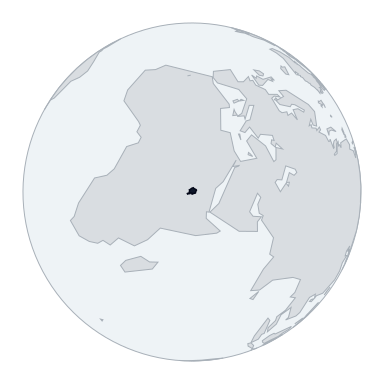 the Earth from above Blue Nile, rotated 59°
{"feature_id": "SDN-148", "entity_name": "Blue Nile", "entity_type": "State", "adm_level": 1, "iso_a3": "SDN", "parent_name": "Sudan", "parent_adm1": "", "projection": "orthographic", "projection_center": [34.239, 11.094], "detail": "fine", "context": "on_globe", "style": "filled", "palette": "ink", "viewbox_px": 384, "rotation_deg": 59, "n_neighbors": 0, "source": "natural_earth", "source_scale": "10m", "svg_char_len": 8998}
<svg xmlns="http://www.w3.org/2000/svg" viewBox="0 0 384 384"><g transform="rotate(59 192 192)"><circle cx="192" cy="192" r="169" fill="#eef3f6" stroke="#a8b0b8"/><path d="M139.5,31.4L141.6,30.8L136.5,32.5L132.7,33.8L133.2,33.6L139.5,31.4ZM119.2,39.5L117.7,40.3L112.6,43.1L107.3,46.0L104.9,47.5L109.4,45.5L98.9,52.1L91.0,59.1L88.3,61.1L84.2,63.0L85.8,60.7L83.3,62.7L94.6,54.0L106.6,46.2L119.2,39.5ZM81.6,64.1L83.1,63.0L76.5,68.8L75.1,70.3L75.0,70.7L77.2,68.9L74.8,71.3L71.2,73.8L73.4,71.7L74.5,70.7L75.2,70.0L81.6,64.1ZM24.0,174.3L24.0,182.4L24.0,190.3L23.7,194.2L24.4,196.7L24.4,199.6L29.6,209.1L34.5,219.1L35.8,229.2L34.7,238.8L40.5,261.7L40.3,265.9L44.8,275.0L45.6,276.4L39.5,264.7L34.2,252.5L30.0,239.9L26.7,227.0L24.5,214.0L23.3,200.8L23.1,187.5L24.0,174.3ZM156.8,26.8L156.7,26.8L156.4,26.8L156.8,26.8ZM154.4,27.3L156.0,27.0L153.4,27.6L151.5,28.0L154.4,27.3ZM145.3,30.2L146.4,29.7L149.0,29.0L145.3,30.2ZM156.8,26.8L157.7,26.6L158.9,26.3L159.5,26.3L156.8,26.8ZM169.1,24.6L165.8,25.1L169.1,24.6ZM163.7,25.6L157.0,26.9L154.3,27.9L151.9,28.5L156.6,26.9L163.7,25.6ZM164.7,25.3L163.5,25.6L161.1,26.0L160.4,26.0L164.7,25.3ZM174.5,24.0L174.2,24.0L174.3,24.0L174.5,24.0ZM163.4,25.7L165.0,25.5L163.5,25.8L163.4,25.7ZM171.4,24.3L171.6,24.3L172.9,24.1L171.4,24.3ZM168.1,25.0L165.9,25.4L165.4,25.4L168.1,25.0ZM170.0,24.6L171.7,24.5L166.5,25.2L169.9,24.6L170.0,24.6ZM172.6,24.2L173.4,24.1L172.3,24.3L172.6,24.2ZM171.4,25.2L164.9,26.0L163.7,25.9L170.2,25.0L171.4,25.2ZM274.0,44.3L274.7,44.7L287.8,53.1L287.2,52.4L287.3,52.5L298.8,61.1L309.5,70.6L321.7,84.5L326.8,90.3L329.8,94.5L331.3,97.3L327.0,91.3L324.9,89.5L322.3,85.9L323.3,89.3L319.5,84.5L322.2,89.9L325.6,93.6L326.1,92.0L330.0,99.5L335.6,106.0L340.7,114.9L346.1,132.1L345.0,138.6L345.9,141.6L343.1,138.8L342.9,145.6L350.8,161.6L351.8,166.7L349.9,177.7L349.2,174.0L342.0,166.5L343.1,178.9L348.7,187.8L350.7,199.4L347.5,196.6L345.2,186.6L342.6,183.6L341.5,172.8L335.9,157.9L332.6,161.8L331.1,155.6L322.9,144.1L317.1,149.6L309.1,168.3L310.8,184.6L306.8,192.5L294.9,170.5L289.7,155.4L285.3,157.4L273.2,145.7L251.9,146.9L248.9,143.1L244.9,145.3L236.4,141.9L232.0,135.8L226.8,136.5L238.6,152.8L244.2,152.2L249.0,145.3L251.2,151.3L259.5,156.2L249.9,171.9L218.5,187.0L215.7,174.9L193.0,142.7L193.8,139.1L193.8,138.6L193.5,137.9L191.2,143.9L187.4,137.7L199.2,160.0L201.1,169.8L218.0,187.8L216.4,189.8L221.9,193.4L240.0,187.9L240.0,192.0L231.3,211.3L206.6,237.8L210.0,254.7L208.5,269.1L193.5,278.7L195.3,289.4L187.6,293.2L187.4,299.2L181.5,305.5L171.4,311.3L153.8,310.9L152.3,305.6L143.0,294.9L129.8,268.3L133.8,256.3L132.1,246.7L119.4,224.6L122.2,212.7L118.9,207.4L112.0,208.2L108.2,201.9L104.1,201.5L78.8,203.4L71.4,194.6L63.5,169.3L68.3,160.2L69.8,149.1L103.6,115.3L110.0,117.9L135.8,114.9L138.9,116.4L135.1,124.5L153.9,135.5L160.8,128.7L178.5,134.7L190.8,134.6L196.5,119.1L176.4,118.9L173.7,111.5L190.4,105.2L208.1,106.2L207.6,103.4L197.1,97.1L201.8,92.2L193.5,94.7L196.4,97.5L191.2,99.3L188.3,96.9L190.1,95.1L184.9,93.9L177.8,103.6L179.9,107.5L166.0,109.2L168.3,116.0L164.3,119.2L159.0,108.9L160.0,105.1L149.6,94.4L147.2,98.3L156.9,109.0L153.6,108.1L150.5,114.3L150.3,108.9L140.3,97.1L128.2,99.1L111.6,114.0L104.8,114.9L99.6,111.5L106.8,96.1L121.2,95.8L124.0,91.1L122.1,84.2L126.6,85.0L127.6,82.4L133.2,82.3L142.0,76.4L147.8,76.0L152.2,68.7L155.8,67.7L152.1,72.2L152.7,75.4L167.3,75.4L170.4,74.0L172.1,69.4L175.8,70.3L175.6,66.0L184.5,64.5L173.5,62.9L175.2,58.3L181.1,55.1L179.7,53.5L170.2,58.9L168.1,61.4L169.5,63.9L162.3,71.6L157.1,72.8L157.3,64.3L149.9,65.4L153.2,59.0L176.9,47.2L186.2,45.5L199.7,51.2L197.0,53.7L190.8,52.7L195.6,57.5L195.6,55.2L198.8,56.2L201.2,52.8L203.6,53.4L201.9,49.4L205.0,49.8L206.0,52.3L212.3,48.4L219.1,48.8L219.4,47.7L217.8,46.4L227.5,48.2L227.3,47.3L224.0,46.3L221.5,44.1L220.8,41.1L224.2,41.9L224.9,43.1L231.5,47.1L232.9,50.6L234.2,50.7L233.8,47.8L225.7,42.9L224.3,40.9L228.6,42.9L226.9,42.0L227.3,41.3L230.9,41.4L226.4,39.2L225.9,32.4L232.7,32.6L236.5,34.7L239.7,32.5L247.2,34.1L244.2,33.0L243.7,32.0L241.3,31.4L239.8,30.9L237.5,29.3L250.1,33.3L262.2,38.3L274.0,44.3ZM91.2,132.9L90.1,136.1L91.2,132.9ZM226.6,115.8L237.3,116.1L232.9,106.8L236.7,106.3L233.8,103.5L232.5,106.1L225.5,98.6L230.3,95.9L229.2,92.1L225.6,91.8L217.9,98.2L227.9,108.7L225.2,112.6L226.6,115.8ZM76.7,68.7L76.9,68.6L76.3,69.4L75.5,70.0L76.7,68.7ZM80.1,68.5L76.2,72.5L78.4,69.8L76.5,71.1L79.0,67.6L87.1,62.0L83.0,65.0L80.1,68.5ZM84.5,62.0L82.0,64.4L84.4,62.0L84.5,62.0ZM127.6,69.8L129.1,71.4L126.5,74.2L119.2,76.1L122.9,71.9L127.6,69.8ZM132.0,73.1L134.1,64.9L138.8,63.9L135.8,65.8L138.7,65.9L134.6,69.0L137.0,76.6L134.8,79.7L122.4,80.6L127.6,78.4L125.8,76.8L132.0,73.1ZM131.5,50.3L132.5,48.0L141.3,48.6L139.3,50.8L131.9,52.4L129.8,50.8L131.5,50.3ZM130.9,34.7L130.7,34.7L132.1,34.2L133.3,33.8L130.9,34.7ZM145.6,30.0L133.1,34.8L132.3,34.8L126.0,38.2L121.3,39.8L125.5,37.4L117.2,41.5L119.2,40.1L113.8,42.9L123.7,37.6L125.1,36.9L125.3,37.0L129.6,35.4L131.8,34.5L139.3,31.7L144.4,29.9L149.5,28.5L151.7,28.0L151.2,28.2L148.1,29.0L149.7,28.8L144.8,30.0L145.6,30.0ZM174.5,29.9L171.0,29.5L173.5,31.5L168.6,31.9L169.2,32.1L165.4,33.1L161.7,34.9L159.6,34.9L159.1,35.6L156.6,36.5L155.2,37.6L150.9,38.2L148.9,39.6L148.0,39.1L145.6,41.6L145.5,40.0L142.2,41.4L144.1,42.2L124.5,44.9L116.4,48.0L109.7,51.7L110.4,49.3L117.1,44.5L126.5,39.6L134.2,37.2L133.1,36.8L136.5,35.7L136.0,36.5L138.8,34.6L141.4,34.0L149.8,31.1L152.3,29.4L155.4,28.5L155.8,28.8L158.6,27.8L161.4,28.0L163.7,27.5L168.7,27.4L168.0,28.9L170.6,28.2L174.5,28.5L174.5,29.9ZM172.7,25.2L173.0,26.2L170.4,27.1L162.8,26.9L160.3,27.3L155.4,27.7L159.1,26.6L160.2,26.5L162.1,26.2L160.2,26.7L163.2,26.1L164.8,26.1L167.5,25.7L166.9,26.1L172.7,25.2ZM142.9,113.4L145.4,113.8L149.4,113.6L147.5,117.7L142.9,113.4ZM135.9,105.4L138.2,104.9L137.5,110.2L135.0,110.0L135.9,105.4ZM140.1,100.5L138.4,104.5L137.8,102.2L140.1,100.5ZM154.4,71.7L156.9,71.2L156.9,72.3L155.3,73.9L154.4,71.7ZM180.6,37.7L179.1,36.9L180.0,36.5L179.8,34.2L183.3,34.1L184.9,35.3L180.6,37.7ZM192.8,121.7L188.9,124.7L187.2,123.2L188.9,122.5L192.8,121.7ZM166.9,121.2L172.6,123.3L166.3,122.3L166.9,121.2ZM184.5,37.1L184.0,36.1L186.1,36.7L184.5,37.1ZM186.0,33.9L188.5,34.3L183.8,33.8L186.0,33.9ZM255.6,334.1L256.3,335.5L253.8,335.9L255.6,334.1ZM237.6,265.7L226.1,290.7L218.1,291.1L216.5,284.0L220.8,269.0L230.1,264.4L234.6,257.3L237.6,265.7ZM357.9,222.5L358.1,222.6L358.0,223.4L357.9,222.5ZM357.8,220.4L358.3,220.0L357.4,222.2L357.8,220.4ZM359.0,217.9L358.5,219.8L359.0,217.6L359.2,216.6L359.0,217.9ZM357.3,220.9L353.0,223.3L350.7,222.2L351.7,219.1L355.3,218.2L357.3,220.9ZM351.5,219.1L347.5,212.7L339.2,191.8L342.2,191.4L350.4,203.0L349.9,205.6L352.3,211.0L351.5,219.1ZM359.4,200.6L358.9,208.2L356.9,208.9L355.7,208.3L355.0,199.4L355.4,194.4L356.5,194.0L358.4,176.0L359.6,179.2L359.5,186.6L360.2,192.4L359.4,200.6ZM311.6,186.0L315.6,195.1L313.1,197.2L311.6,186.0ZM357.6,164.2L357.9,171.8L357.1,161.9L357.6,164.2ZM356.1,155.2L356.9,158.6L355.9,155.5L356.1,155.2ZM347.4,146.3L346.3,147.7L345.5,145.3L346.3,142.2L347.4,146.3ZM344.6,122.6L347.5,129.4L348.4,131.8L346.5,127.9L344.6,122.6ZM214.4,37.4L210.8,40.4L210.5,43.2L214.1,45.4L207.4,43.9L207.9,39.6L214.4,37.4ZM224.1,32.7L220.9,31.3L223.3,31.5L224.3,31.8L224.1,32.7ZM221.5,32.2L215.8,31.5L214.6,30.5L219.4,31.2L221.5,32.2ZM200.1,33.4L198.8,34.2L197.1,33.7L200.1,33.4ZM329.8,289.8L329.9,289.5L333.4,284.4L341.0,270.5L345.5,260.9L350.4,250.8L344.7,264.4L337.8,277.4L329.8,289.8ZM360.9,188.3L360.5,193.6L360.6,197.9L360.9,194.3L360.7,199.1L360.4,206.1L360.1,209.2L360.5,201.5L359.8,210.1L359.6,210.3L360.0,203.2L360.5,194.1L360.6,190.1L360.9,187.8L360.9,188.3ZM360.1,175.1L359.4,169.8L359.5,172.5L358.5,163.2L359.0,166.3L360.1,175.1ZM358.2,162.6L358.5,165.1L357.7,159.8L358.2,162.6ZM358.0,163.2L357.2,159.1L357.5,159.3L358.0,163.2ZM358.3,162.5L356.9,155.5L357.8,159.4L358.3,162.5ZM354.9,150.2L356.9,156.1L355.7,154.3L351.9,141.3L352.2,140.5L354.9,150.2ZM330.8,95.6L331.3,96.4L331.9,97.2L334.2,100.8L335.9,103.4L332.6,98.5L328.8,92.9L330.8,95.6ZM238.6,30.6L236.7,30.0L238.0,30.1L238.6,30.6ZM232.3,28.4L232.1,28.6L230.9,28.1L232.3,28.4ZM231.9,29.3L231.4,28.5L233.9,29.8L231.9,29.3Z" fill="#d9dde1" stroke="#a8b0b8" stroke-width="1"/><path d="M194.6,189.7L194.5,189.8L194.4,189.9L194.3,190.0L194.3,190.4L194.4,190.5L194.0,191.5L194.1,191.8L194.0,192.4L194.0,192.5L193.9,192.9L193.8,193.0L193.7,193.1L193.4,193.0L193.4,192.9L193.0,192.6L192.9,192.6L192.6,192.9L192.5,193.0L192.4,193.2L192.1,193.6L192.1,193.8L192.2,194.4L192.3,194.6L192.2,194.7L192.2,194.8L192.1,195.0L191.6,196.2L191.5,196.6L191.5,196.8L191.0,196.8L191.0,196.7L190.9,196.6L191.0,196.3L191.0,196.1L191.2,195.7L191.2,195.4L191.2,195.2L191.1,194.7L190.4,194.1L189.8,193.6L189.5,193.3L188.8,193.1L188.9,192.8L188.9,192.7L188.8,191.6L188.7,190.5L188.7,190.4L188.8,190.4L188.8,190.2L188.8,189.9L188.8,189.5L189.0,188.9L189.0,188.7L189.3,188.6L189.8,188.7L192.0,187.3L192.4,187.2L192.5,187.2L192.8,187.3L192.9,187.5L193.5,188.5L193.9,188.9L194.2,189.2L194.5,189.4L194.5,189.5L194.6,189.7Z" fill="#0f172a" stroke="#020617" stroke-width="1.5"/></g></svg>